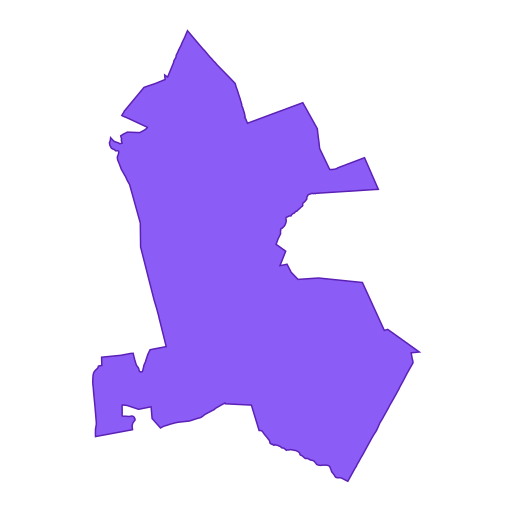 the district of Ndaragwa, Central, Kenya
{"feature_id": "3690345B3969033763932", "entity_name": "Ndaragwa", "entity_type": "district", "adm_level": 2, "iso_a3": "KEN", "parent_name": "Kenya", "parent_adm1": "Central", "projection": "mercator", "projection_center": [36.499, -0.079], "detail": "fine", "context": "isolated", "style": "filled", "palette": "violet", "viewbox_px": 512, "rotation_deg": 0, "n_neighbors": 0, "source": "geoboundaries", "source_scale": "gbopen_adm2", "svg_char_len": 6044}
<svg xmlns="http://www.w3.org/2000/svg" viewBox="0 0 512 512"><path d="M387.7,329.4L384.3,330.4L369.0,296.9L362.4,282.5L318.5,278.0L298.0,279.4L291.1,272.2L289.7,269.4L287.0,264.2L283.9,264.9L280.0,265.6L285.7,251.2L276.1,244.3L278.1,238.9L280.6,233.7L280.5,232.1L280.5,231.1L280.8,230.2L280.6,229.2L281.3,228.5L282.2,228.2L284.1,226.3L284.8,225.3L285.2,224.5L285.5,223.6L285.9,222.8L286.1,221.6L286.3,220.1L285.9,219.0L285.9,218.1L286.3,217.3L287.5,216.9L288.6,216.2L289.9,215.9L291.0,215.9L291.5,214.9L292.4,214.0L293.2,213.4L294.3,213.1L294.9,212.3L295.7,211.4L296.8,211.2L298.5,209.4L299.7,208.6L300.4,207.7L301.3,206.9L302.2,206.3L302.8,205.4L302.6,204.2L303.1,202.9L304.4,202.0L305.3,201.0L305.8,200.3L306.4,199.7L306.9,198.8L306.7,197.7L307.0,196.8L307.6,196.0L308.0,194.8L309.3,194.3L310.6,193.9L312.0,193.3L313.1,193.7L314.2,193.3L315.2,193.7L316.2,193.3L378.3,189.3L364.5,157.7L339.2,167.3L338.1,167.7L337.2,168.2L336.4,168.7L335.1,169.1L332.1,169.5L329.7,169.5L319.7,148.6L319.2,144.8L319.1,143.3L318.5,138.7L318.2,136.8L318.1,135.6L318.0,134.6L317.8,133.4L317.7,132.3L317.6,131.4L317.3,128.7L302.8,102.7L247.5,123.2L245.4,118.2L244.7,117.4L245.1,116.6L244.4,113.2L242.6,107.4L242.2,106.6L241.6,105.5L241.8,104.5L240.7,101.0L240.1,98.7L238.9,95.2L238.3,93.2L237.8,91.6L237.3,90.1L236.9,89.0L236.5,88.0L236.2,87.1L235.1,83.4L228.4,76.4L217.0,64.8L215.8,63.3L215.1,62.5L214.3,61.7L213.6,61.1L212.8,60.1L212.1,59.3L211.5,58.6L210.1,57.2L209.3,56.3L207.9,54.6L205.1,51.2L203.0,49.0L198.7,44.0L187.5,30.7L186.1,33.9L185.7,34.8L185.4,35.6L185.1,36.4L184.7,37.3L183.8,39.2L183.3,40.1L182.5,41.9L181.9,43.1L181.4,44.4L181.0,45.5L180.6,46.2L180.2,47.0L179.4,48.6L178.8,49.6L178.2,51.1L177.7,52.3L176.2,55.2L176.1,56.4L175.8,57.5L174.3,60.1L173.9,60.8L173.5,62.8L167.6,77.1L164.7,75.0L165.0,78.5L165.1,79.5L155.1,83.6L152.7,84.4L150.6,85.1L147.6,86.1L144.0,87.4L124.3,111.1L123.8,112.2L123.2,113.2L122.4,114.4L121.8,115.5L123.1,116.2L124.2,116.7L124.9,117.0L125.9,117.3L127.2,117.9L128.1,118.3L147.4,127.3L146.7,128.2L145.8,129.1L144.6,129.9L142.8,131.0L139.7,132.6L127.4,132.1L126.3,132.7L125.0,133.3L123.9,133.8L120.7,135.8L121.0,137.1L121.3,138.0L121.6,138.7L121.3,139.7L121.4,140.8L122.1,143.1L119.9,143.8L118.9,143.1L117.8,142.7L116.8,142.3L114.7,141.6L113.7,141.0L111.9,139.1L110.6,137.7L110.4,139.8L110.1,140.9L109.7,142.0L109.4,142.9L109.6,143.7L109.7,144.6L110.1,145.9L110.7,146.7L111.0,147.7L112.0,148.6L112.9,149.1L114.1,149.4L114.8,150.1L115.8,150.9L117.0,150.7L118.0,150.8L118.6,151.3L118.7,152.4L118.5,153.8L118.0,155.2L117.3,157.0L117.4,158.5L117.7,159.9L118.1,161.1L118.9,162.8L119.9,165.5L120.8,167.9L121.2,169.1L121.6,169.8L122.8,171.9L123.5,173.0L124.6,175.2L125.1,175.9L125.7,176.8L126.4,178.6L127.5,180.9L129.6,184.6L140.3,223.0L140.6,247.0L154.1,300.1L156.7,308.7L158.5,315.4L158.8,316.6L159.3,318.9L160.0,321.6L166.2,346.6L150.1,349.7L148.0,354.0L147.6,355.1L147.2,356.2L146.7,357.8L145.9,360.2L145.6,361.5L144.3,364.3L143.9,365.5L143.7,366.5L142.7,370.7L142.1,371.8L140.8,372.0L139.9,371.6L139.3,371.0L139.0,369.9L138.6,368.3L138.1,367.4L137.5,366.7L136.9,366.0L136.5,365.2L136.0,364.0L135.7,363.0L135.4,362.0L135.1,360.9L134.7,359.8L134.3,357.8L134.0,357.0L133.8,356.1L133.6,355.1L133.4,354.3L133.2,353.3L130.8,353.4L120.8,355.3L101.6,357.2L101.8,365.5L101.0,365.6L99.7,365.8L98.4,366.1L98.2,367.1L97.6,368.2L96.7,369.1L96.0,369.7L95.2,370.5L94.4,371.5L93.9,372.4L93.5,373.3L93.3,374.2L93.1,375.2L92.9,377.7L92.8,380.0L92.8,381.1L92.7,382.0L92.8,382.8L92.9,384.9L93.2,387.3L93.3,388.5L93.6,392.4L95.0,406.9L96.3,422.4L96.3,424.4L96.1,425.6L95.8,427.3L95.7,428.1L95.5,428.9L95.4,433.4L95.5,436.6L99.1,435.9L132.5,429.7L132.5,428.8L132.2,427.7L132.2,425.8L132.3,424.8L132.8,423.2L133.3,422.3L134.9,420.3L135.1,419.1L134.6,418.4L134.3,417.4L133.4,416.5L132.3,416.1L131.4,416.0L130.3,416.3L129.1,416.5L127.8,416.4L126.7,416.3L125.8,416.2L124.7,416.2L123.4,416.2L122.4,416.1L122.1,415.2L122.2,412.9L122.1,405.8L122.3,405.0L124.7,405.2L125.9,405.3L127.2,405.5L138.6,409.3L151.1,406.8L152.1,418.6L153.0,419.5L160.5,428.0L161.4,427.5L162.6,426.8L163.4,426.4L164.2,426.1L167.8,425.0L170.8,424.0L172.8,423.5L174.9,422.9L176.1,422.7L177.2,422.4L181.3,421.9L182.1,421.8L183.0,421.7L188.9,421.1L189.9,420.9L196.8,418.6L197.8,418.3L198.7,418.1L199.5,417.9L200.5,417.6L201.6,417.0L202.5,416.4L203.6,415.5L204.3,414.9L205.0,414.4L205.9,413.9L211.2,411.1L213.2,410.1L214.5,409.4L215.2,408.5L222.5,404.3L224.9,403.0L225.3,403.8L251.4,405.1L259.1,430.5L260.2,430.5L261.4,430.7L262.2,431.3L262.9,432.1L264.3,434.2L265.7,435.9L266.3,436.5L266.9,437.3L267.6,438.2L268.4,439.3L269.2,440.2L269.7,441.3L269.9,442.9L270.6,443.6L271.5,444.2L272.6,444.2L273.2,445.0L274.0,445.3L274.7,444.6L275.6,445.0L277.4,445.3L278.2,445.6L278.9,446.0L280.3,446.5L281.8,447.9L283.1,448.0L283.8,448.2L285.1,449.1L286.3,450.3L287.9,449.8L289.0,450.0L290.4,449.5L291.4,449.8L292.2,449.9L293.4,450.1L294.7,450.4L295.7,450.5L297.7,451.4L298.7,452.1L299.7,453.2L299.9,454.3L300.3,455.0L301.2,455.3L302.3,455.9L303.2,456.7L304.6,458.0L305.7,458.6L307.0,458.4L308.0,458.6L309.2,459.4L310.4,460.0L311.3,460.2L312.1,460.3L313.1,460.6L314.0,461.1L316.1,463.5L316.5,464.3L317.6,464.8L318.8,465.2L320.0,465.3L321.3,465.4L322.4,465.1L324.1,465.2L324.9,465.1L326.1,465.1L328.1,465.5L328.8,465.8L329.6,466.4L330.0,467.3L330.3,468.0L330.7,469.0L331.1,469.9L331.3,470.6L331.6,471.7L333.0,473.4L333.7,474.3L334.3,475.1L334.9,476.2L335.5,477.1L336.6,477.6L337.9,477.8L340.0,477.7L341.1,477.9L347.8,481.3L349.5,478.3L351.1,475.4L355.0,468.3L356.3,466.4L357.0,464.7L357.9,463.1L358.9,461.5L359.6,460.1L361.4,456.9L362.4,455.3L372.0,437.7L373.5,435.2L374.9,433.0L375.7,431.9L377.0,429.5L378.1,427.0L379.8,423.0L382.3,418.9L384.4,415.1L388.0,408.7L389.8,405.2L392.1,401.2L393.5,398.8L394.0,398.0L394.3,397.2L395.0,396.1L396.3,393.8L397.3,391.9L398.8,389.3L399.5,387.6L403.1,381.0L407.0,373.5L412.3,364.1L412.9,363.1L413.0,362.2L412.8,360.8L412.2,358.5L411.7,355.8L411.4,354.1L411.2,352.8L419.3,352.0L412.9,347.4L387.7,329.4Z" fill="#8b5cf6" stroke="#5b21b6" stroke-width="1.5"/></svg>